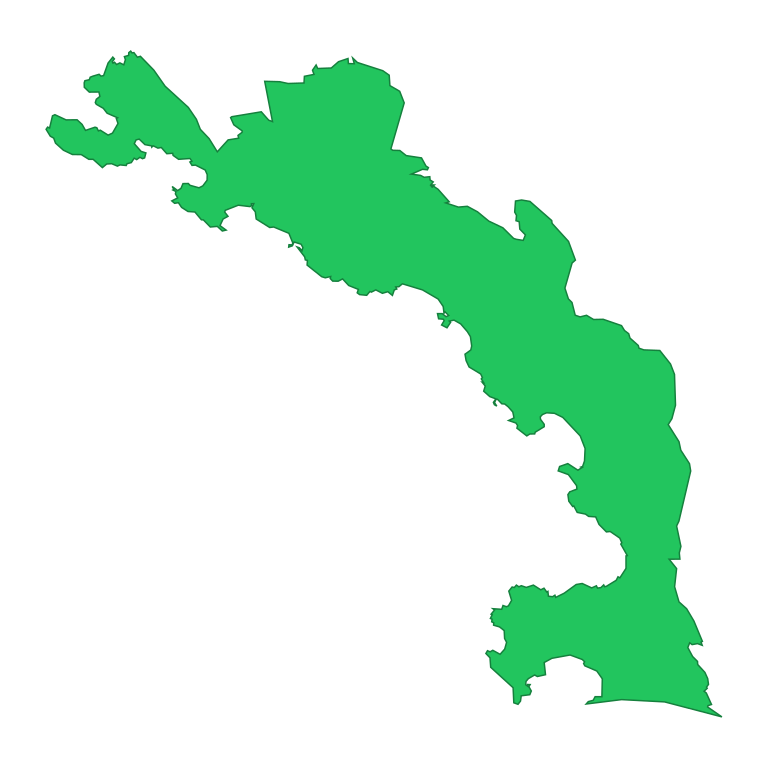 the district of West Mahe, Anse Boileau, Seychelles
{"feature_id": "34574756B14018612202061", "entity_name": "West Mahe", "entity_type": "district", "adm_level": 2, "iso_a3": "SYC", "parent_name": "Seychelles", "parent_adm1": "Anse Boileau", "projection": "albers", "projection_center": [55.437, -4.697], "detail": "fine", "context": "isolated", "style": "filled", "palette": "green", "viewbox_px": 768, "rotation_deg": 0, "n_neighbors": 0, "source": "geoboundaries", "source_scale": "gbopen_adm2", "svg_char_len": 6045}
<svg xmlns="http://www.w3.org/2000/svg" viewBox="0 0 768 768"><path d="M352.7,58.0L354.3,63.7L348.4,63.6L348.0,58.5L338.5,61.7L331.3,68.0L317.7,68.5L316.1,65.0L312.5,70.2L314.0,74.4L304.4,76.3L304.0,83.0L288.1,83.5L279.6,81.7L264.7,81.3L272.5,121.6L268.7,120.2L261.3,111.8L231.8,116.7L230.6,117.6L233.8,124.8L242.2,130.9L242.1,132.3L238.0,135.4L238.7,138.2L228.1,139.9L217.3,151.8L209.1,138.6L200.3,129.3L196.4,119.3L188.3,107.4L165.1,86.2L153.8,70.1L140.4,56.3L137.4,57.2L133.9,52.6L132.0,52.9L130.7,51.1L128.8,52.6L128.6,55.4L124.4,56.6L125.4,59.7L123.8,64.8L119.9,62.9L116.6,64.5L114.5,62.2L113.0,63.1L112.3,61.7L114.4,58.9L112.8,57.1L108.1,63.0L103.6,75.6L101.0,76.1L99.1,74.3L93.0,76.1L90.2,77.2L89.3,79.7L84.9,80.7L84.2,82.8L84.3,87.3L89.3,92.1L98.9,92.0L99.9,96.4L96.3,99.3L95.3,102.6L96.3,104.3L103.3,108.3L107.1,113.2L117.6,117.8L116.3,118.5L118.0,123.5L112.5,133.1L108.1,135.1L100.3,130.2L98.4,130.9L96.8,127.7L95.0,127.2L85.5,130.4L82.1,124.4L77.1,119.8L66.1,119.9L54.9,114.7L52.5,115.8L49.6,128.0L47.6,127.1L46.1,129.3L50.3,136.2L53.7,138.1L55.5,143.1L63.4,150.2L72.4,154.5L81.3,154.6L88.8,159.3L93.1,159.3L102.4,167.6L106.7,164.0L111.7,163.7L117.4,166.1L120.0,164.9L126.2,165.5L127.0,163.7L131.3,162.6L134.2,158.2L136.7,159.6L139.9,157.3L142.5,158.7L144.6,157.9L145.9,152.9L141.1,151.4L134.3,143.7L136.1,139.9L139.2,139.1L144.9,144.6L151.7,145.9L151.8,147.1L153.2,145.8L157.9,148.1L161.3,147.5L166.8,153.7L172.7,153.3L173.1,155.4L178.6,159.3L190.0,158.5L191.9,161.2L189.9,162.0L192.0,165.4L195.5,165.1L205.2,170.0L207.2,174.6L207.1,180.2L202.8,185.9L199.0,187.8L190.0,185.3L188.3,183.5L183.0,183.6L181.0,188.3L177.7,190.6L172.2,186.5L173.9,189.5L172.9,190.0L175.9,191.5L175.4,193.9L177.7,197.9L171.8,200.9L174.6,203.3L178.4,202.7L181.6,207.4L188.0,211.5L194.9,212.0L201.4,219.8L203.4,219.9L210.3,227.0L217.3,226.4L222.3,231.0L226.1,230.1L220.0,225.6L223.1,219.0L228.0,216.3L224.7,212.1L225.3,210.3L238.3,205.2L250.0,206.6L251.6,205.6L251.4,203.7L253.8,203.6L252.0,207.8L255.3,211.8L256.2,219.0L269.7,227.5L273.7,227.0L288.9,233.3L292.9,243.2L291.9,244.9L289.0,244.7L288.7,247.1L292.4,245.8L294.1,242.0L301.1,244.2L302.9,247.5L302.0,250.7L299.4,247.8L297.1,247.0L304.7,256.9L305.3,259.9L307.4,260.4L307.1,265.1L321.7,276.7L325.3,277.8L330.7,276.5L330.2,278.5L332.7,281.1L338.2,281.2L342.6,278.9L348.7,285.5L358.4,289.4L357.2,292.8L359.6,294.6L366.7,295.3L369.9,291.5L371.4,292.1L375.8,289.9L382.4,293.3L387.8,291.7L392.4,295.4L394.3,289.9L396.8,289.0L395.7,286.9L398.9,286.7L402.4,283.8L422.5,289.9L438.1,299.0L443.2,306.5L444.0,313.2L445.0,311.8L448.7,315.5L446.1,316.7L442.2,313.6L437.5,313.6L438.6,318.8L443.2,319.2L444.2,320.6L441.6,325.0L447.0,327.8L450.6,322.3L449.3,321.1L454.0,320.1L460.7,323.9L467.4,331.7L470.4,336.6L471.7,346.0L470.8,350.0L465.0,354.2L466.1,360.6L469.1,367.0L480.7,374.0L482.4,377.6L481.3,378.9L483.7,382.7L482.2,382.3L485.2,386.0L483.7,391.2L489.8,396.6L496.8,399.2L496.0,399.3L495.3,399.7L493.4,402.4L494.4,404.7L496.8,406.1L494.5,402.6L496.0,399.4L497.5,399.3L501.8,403.8L504.7,404.0L508.2,406.8L512.8,412.0L514.0,417.9L508.6,420.5L515.9,423.0L517.6,425.5L516.9,428.2L526.8,435.9L529.8,434.0L534.7,433.9L535.2,432.2L544.2,426.7L544.2,424.3L540.5,419.3L540.3,416.8L542.5,414.5L546.6,412.8L554.5,413.3L562.8,417.4L580.2,435.9L585.1,448.5L584.5,461.0L582.6,466.5L581.2,467.0L582.3,467.4L577.9,470.2L567.8,463.6L559.6,466.5L558.2,470.9L568.4,474.6L576.6,485.7L576.9,489.1L569.8,491.8L567.9,494.6L568.8,501.2L572.7,506.5L573.8,506.0L577.2,512.4L585.5,514.1L588.6,516.4L595.7,516.9L599.0,524.4L606.4,531.9L610.2,531.5L619.8,538.1L621.8,542.8L620.8,544.1L627.3,555.6L626.0,555.9L626.0,568.4L619.9,577.8L618.0,576.8L616.2,580.3L606.4,586.3L604.6,586.7L603.7,584.9L600.9,587.6L597.5,588.1L596.4,585.8L591.7,587.9L582.2,583.5L576.2,584.5L564.2,593.2L555.7,597.4L554.9,595.2L552.6,596.7L548.4,596.2L547.9,591.4L546.8,592.1L544.0,588.2L540.8,589.8L533.4,585.1L526.3,587.4L521.3,585.7L518.9,586.8L516.4,585.1L514.3,587.5L512.1,587.0L508.8,591.1L511.6,600.4L508.4,605.9L506.4,606.7L503.0,605.5L501.7,609.3L492.9,608.7L494.5,610.0L491.1,614.2L492.2,614.7L490.4,618.5L492.1,619.2L491.7,621.8L493.7,622.7L493.6,625.2L499.5,626.9L504.2,630.6L504.6,638.5L506.6,642.3L504.7,649.1L500.1,654.3L492.8,650.3L490.1,651.8L487.5,650.7L485.9,653.5L490.0,657.8L490.7,667.3L513.1,687.7L513.8,702.8L518.0,704.3L520.5,701.1L521.2,695.8L529.8,694.7L531.3,691.0L528.9,686.7L530.1,684.6L527.6,684.5L527.6,686.1L525.7,684.7L526.0,681.4L528.4,678.6L534.6,675.0L537.4,676.5L545.5,674.7L544.2,662.5L551.9,658.3L570.1,655.0L582.3,659.5L584.6,661.8L583.6,663.5L584.8,665.8L596.8,671.0L602.3,678.8L601.9,696.7L595.1,696.7L593.2,700.3L588.3,701.6L586.2,704.0L621.6,699.6L664.6,701.9L721.9,716.9L707.6,707.0L708.0,705.6L711.5,704.5L706.3,693.0L704.1,691.2L707.2,688.3L706.5,687.1L708.5,684.4L707.7,678.6L704.9,672.4L697.7,664.5L697.5,661.4L692.6,656.5L687.8,647.5L689.7,642.8L692.1,644.6L697.5,643.6L702.2,645.3L701.0,642.1L702.4,641.4L693.9,621.0L686.6,608.7L679.0,601.9L674.6,586.7L676.6,568.6L669.1,559.2L679.9,559.1L679.3,552.9L680.9,546.4L676.6,526.0L678.9,521.2L690.7,471.0L689.5,463.7L680.8,450.2L679.0,441.7L668.2,424.6L671.9,418.7L675.5,405.2L674.5,374.4L670.5,364.0L659.8,350.5L643.9,349.9L639.0,348.2L638.3,345.5L630.0,338.1L628.7,333.7L624.5,330.5L621.5,325.6L603.2,319.3L593.6,319.5L586.5,315.3L580.1,316.9L575.2,315.2L572.0,302.5L568.4,298.9L564.9,288.1L572.1,263.0L575.4,260.1L568.5,241.4L552.1,223.4L551.7,220.5L529.9,201.4L521.6,200.0L515.5,201.0L514.7,212.1L516.5,215.4L516.0,220.7L519.2,221.7L519.8,229.1L525.4,234.9L523.2,240.4L516.3,239.3L513.6,238.4L502.9,227.8L488.8,221.1L477.5,211.8L467.3,206.3L458.4,207.1L445.7,202.9L449.2,201.8L438.1,189.3L433.2,186.0L434.3,185.0L431.8,184.9L432.6,187.7L430.5,185.2L433.2,181.9L430.1,180.0L429.8,176.7L424.1,177.3L420.6,175.4L411.3,174.1L422.5,169.3L427.4,169.8L428.4,167.6L426.0,166.1L421.5,157.9L406.2,155.6L399.8,150.5L392.7,150.3L390.9,148.9L404.2,102.9L399.7,91.3L389.9,85.6L389.2,75.2L382.8,70.7L357.4,62.5L352.7,58.0Z" fill="#22c55e" stroke="#15803d" stroke-width="1.5"/></svg>